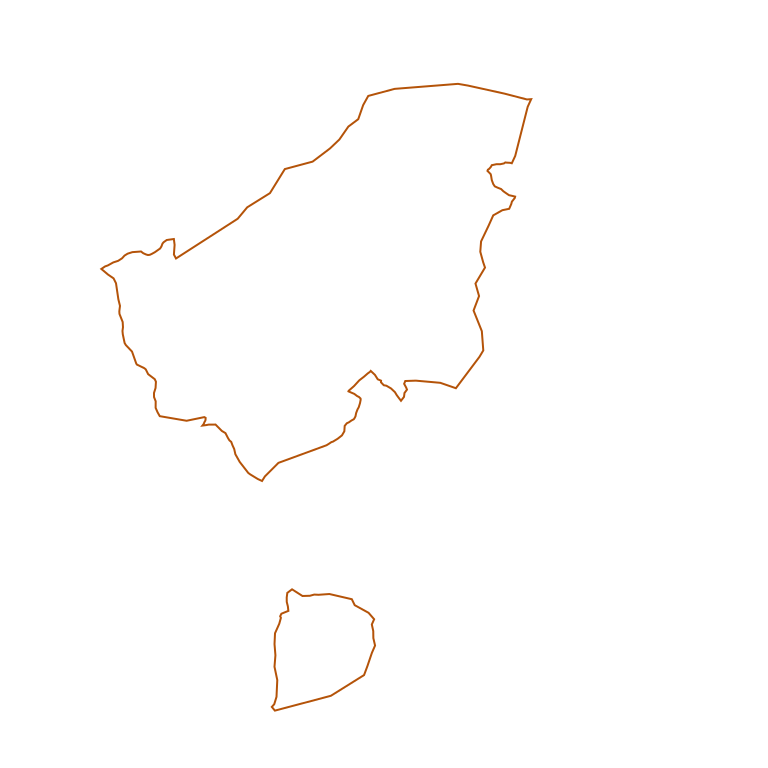 the district of Ideato South, Imo, Nigeria, rotated 251°
{"feature_id": "59680162B23369049466603", "entity_name": "Ideato South", "entity_type": "district", "adm_level": 2, "iso_a3": "NGA", "parent_name": "Nigeria", "parent_adm1": "Imo", "projection": "robinson", "projection_center": [7.136, 5.792], "detail": "fine", "context": "isolated", "style": "outline", "palette": "amber", "viewbox_px": 768, "rotation_deg": 251, "n_neighbors": 0, "source": "geoboundaries", "source_scale": "gbopen_adm2", "svg_char_len": 2999}
<svg xmlns="http://www.w3.org/2000/svg" viewBox="0 0 768 768"><g transform="rotate(251 384 384)"><path d="M512.7,562.9L514.8,564.3L515.8,565.9L517.3,568.2L518.5,569.0L520.3,566.2L521.8,563.7L525.3,561.1L527.4,559.6L530.2,558.2L532.5,555.5L534.8,553.1L537.5,552.4L541.7,552.3L545.8,553.0L547.6,553.2L549.6,552.3L551.8,551.2L552.8,552.0L553.2,553.5L554.6,555.9L555.8,557.1L555.2,562.0L554.0,565.3L553.5,569.2L554.0,570.8L553.3,572.2L552.1,575.2L551.1,576.7L556.9,582.3L599.3,610.1L605.4,615.9L606.5,611.8L619.3,592.5L638.8,560.6L643.7,551.7L659.6,490.1L661.5,462.9L654.5,455.1L642.8,445.9L639.0,434.1L629.7,421.4L624.3,409.6L617.5,388.9L619.5,360.2L601.6,338.3L595.6,312.2L587.9,299.5L570.4,228.2L574.8,227.5L583.7,231.3L589.5,232.5L590.9,225.5L589.8,221.8L588.9,220.3L586.5,218.3L585.0,216.4L583.2,210.2L582.6,206.7L582.4,204.6L582.8,202.8L584.0,201.1L586.1,198.9L588.4,197.4L589.1,194.7L590.6,189.0L590.7,184.0L589.9,180.5L588.1,177.2L587.0,172.7L587.1,167.6L586.0,161.4L586.0,158.6L584.8,154.2L577.3,158.7L571.9,162.7L566.5,163.4L550.5,160.4L543.8,159.8L538.9,157.4L536.4,156.7L527.7,157.1L522.7,155.7L519.3,154.0L516.0,153.2L507.2,152.1L504.8,152.6L496.7,156.3L484.0,156.4L482.8,156.7L477.0,162.5L475.4,163.5L470.1,164.2L463.2,168.8L460.4,169.1L454.6,166.7L450.4,163.6L446.5,162.3L442.0,162.5L435.8,160.3L431.0,160.7L426.6,161.5L413.5,185.4L411.2,203.3L410.1,204.3L408.9,203.9L407.6,203.2L406.5,201.9L404.9,200.5L403.8,198.8L403.0,202.7L402.7,204.9L400.5,211.5L392.4,215.4L389.2,218.1L383.6,218.9L381.0,219.5L379.0,220.7L375.3,220.8L371.3,221.2L366.0,220.6L357.3,222.2L344.1,226.7L342.2,228.0L335.3,233.7L332.0,237.1L335.4,241.3L343.8,258.5L344.8,309.7L345.4,312.4L346.2,315.4L346.1,316.8L347.3,322.3L349.1,327.5L352.2,331.1L357.2,333.2L359.0,336.1L359.2,338.3L360.1,341.4L360.5,343.9L361.2,344.9L362.7,346.5L365.6,348.2L366.7,349.1L368.6,350.7L370.2,352.5L373.6,355.0L376.7,356.8L377.9,357.1L379.9,356.1L381.3,354.7L384.3,352.7L386.4,350.4L388.6,348.0L389.1,348.4L391.8,355.0L395.5,361.8L397.4,367.4L399.3,372.1L400.1,374.8L400.7,375.7L395.6,378.4L390.5,379.6L388.1,382.3L386.6,381.7L382.9,383.4L381.6,385.7L377.5,389.2L372.7,391.7L369.4,392.4L366.2,393.4L362.6,394.6L365.3,398.7L367.5,399.8L368.8,400.4L371.2,403.9L373.4,403.8L377.6,403.1L379.9,405.1L376.8,415.2L366.8,437.6L359.6,446.8L356.6,450.6L378.6,483.1L383.4,488.8L402.1,493.7L424.3,492.6L436.2,502.5L449.2,503.2L461.2,517.4L466.8,517.4L477.7,518.1L487.2,522.2L499.7,534.5L507.9,542.2L509.8,552.5L508.9,559.4L512.7,562.9ZM115.2,172.8L110.7,174.5L106.5,232.3L115.3,270.4L122.7,276.5L133.7,285.0L139.6,290.4L147.2,291.2L153.9,293.4L160.6,294.2L164.8,298.1L172.7,294.9L184.4,284.3L191.0,283.5L203.2,264.0L206.0,253.5L207.6,249.5L207.9,245.0L210.1,237.9L219.8,230.2L218.0,224.6L213.8,222.5L209.6,221.1L205.0,220.7L200.6,219.7L200.4,215.6L200.2,212.2L198.2,210.2L196.5,210.4L191.4,206.9L183.8,199.8L173.7,195.8L162.8,193.0L152.3,188.4L138.8,186.7L123.2,180.5L117.0,176.0L115.2,172.8Z" fill="none" stroke="#b45309" stroke-width="2"/></g></svg>